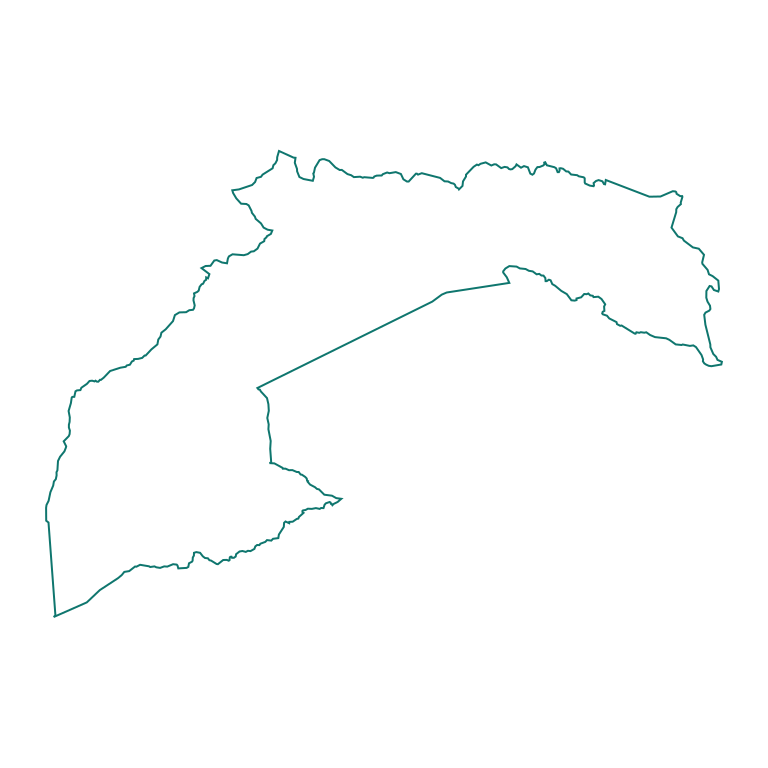 outline of Calcahualco, Veracruz, Mexico
{"feature_id": "50627088B11703653351845", "entity_name": "Calcahualco", "entity_type": "district", "adm_level": 2, "iso_a3": "MEX", "parent_name": "Mexico", "parent_adm1": "Veracruz", "projection": "orthographic", "projection_center": [-97.165, 19.101], "detail": "fine", "context": "isolated", "style": "outline", "palette": "teal", "viewbox_px": 768, "rotation_deg": 0, "n_neighbors": 0, "source": "geoboundaries", "source_scale": "gbopen_adm2", "svg_char_len": 6081}
<svg xmlns="http://www.w3.org/2000/svg" viewBox="0 0 768 768"><path d="M53.7,617.0L86.8,602.4L99.8,590.1L118.1,578.1L121.8,575.0L124.3,571.9L129.2,571.1L135.1,566.5L136.4,566.7L140.1,564.8L149.0,566.3L150.2,567.0L154.5,566.4L156.3,567.3L160.1,567.9L164.2,566.4L167.3,566.6L173.1,564.2L176.7,564.6L177.5,565.5L178.3,568.4L186.6,567.9L188.3,566.9L189.0,563.3L192.0,561.7L192.6,560.7L192.8,557.5L193.9,555.6L194.0,552.8L196.3,552.1L200.1,552.8L202.8,556.3L205.0,558.0L207.9,558.3L209.4,560.2L211.1,560.6L216.6,564.0L217.9,564.2L223.2,560.0L226.8,559.9L228.7,560.7L229.5,560.2L229.8,557.4L230.4,556.8L231.5,556.7L232.0,557.8L233.9,557.8L235.7,556.5L236.1,554.2L239.5,551.5L242.4,551.0L245.8,551.9L247.9,550.8L250.5,551.1L254.4,548.9L255.3,546.4L257.1,545.0L259.4,545.1L260.4,543.7L265.3,541.9L267.0,540.1L271.3,540.6L273.0,538.8L278.3,538.1L278.9,534.5L283.8,526.9L284.1,522.8L285.5,521.5L289.2,523.2L289.3,521.9L292.7,521.7L296.8,518.9L298.3,518.6L299.0,516.9L303.5,512.9L302.5,512.2L302.4,511.0L303.0,510.4L305.5,510.0L307.9,508.7L311.8,508.9L315.9,508.1L319.7,508.9L321.1,508.0L323.5,508.1L324.6,504.7L325.9,503.3L329.6,502.0L330.5,502.5L330.9,503.8L331.6,503.8L332.4,505.2L333.7,503.9L337.6,502.0L341.3,498.8L336.2,498.1L332.0,495.7L324.3,494.7L319.0,489.4L316.9,488.9L315.0,487.2L310.1,484.6L307.6,481.7L308.0,481.1L307.0,480.3L306.7,478.5L305.2,476.9L301.9,474.7L300.6,474.5L298.7,472.0L296.8,472.0L292.4,470.1L289.0,470.2L285.6,468.7L282.8,468.7L282.6,467.9L274.4,463.4L269.5,463.1L271.2,462.3L270.2,448.8L270.7,441.0L268.4,429.2L268.7,424.4L267.3,418.0L268.8,410.8L268.4,404.2L267.0,398.1L260.8,391.4L259.9,389.7L258.5,389.4L257.4,388.0L432.3,301.6L441.8,294.6L446.7,292.5L509.3,282.9L506.8,277.3L503.2,272.5L503.2,271.3L505.4,268.5L509.3,266.1L516.6,266.6L519.8,268.4L525.6,269.0L528.9,270.8L532.7,271.4L536.6,274.3L539.3,273.9L541.4,275.5L543.5,275.6L545.3,278.0L545.6,281.1L546.8,281.1L548.9,279.7L550.6,280.3L552.3,284.1L555.2,285.8L561.3,290.9L566.8,294.1L571.4,300.3L574.7,300.6L576.5,300.1L576.5,298.5L581.2,297.3L584.2,294.0L586.7,294.2L588.3,293.5L590.3,295.4L592.8,295.8L593.5,297.1L598.3,296.7L601.5,299.0L605.2,304.3L604.1,306.5L604.4,310.9L602.7,311.8L602.2,313.5L602.8,314.3L607.0,315.7L609.2,318.4L616.5,322.1L617.0,324.1L620.2,325.8L621.6,325.5L634.7,333.6L635.6,333.7L636.4,332.3L639.3,332.8L640.8,332.2L644.3,332.7L646.3,332.3L650.1,335.0L655.0,337.1L666.1,338.3L669.3,339.8L675.7,344.4L681.6,345.0L682.7,344.5L689.9,345.9L693.3,345.4L696.0,347.1L701.5,355.0L703.1,359.4L702.9,361.3L704.3,363.4L706.1,364.6L708.7,365.8L711.4,366.2L721.3,364.5L721.9,361.8L717.5,359.9L716.1,356.8L713.3,354.0L710.4,347.3L710.3,344.4L705.4,324.7L704.2,314.8L705.5,312.6L709.3,310.6L710.4,309.0L710.0,305.7L707.5,301.6L706.3,297.7L706.4,291.0L709.6,286.0L711.5,286.4L713.9,290.0L718.3,291.5L719.0,289.0L718.3,280.6L712.6,276.1L709.0,274.3L707.6,269.9L702.4,263.8L702.2,262.3L704.0,254.8L698.8,248.7L692.9,247.4L683.9,240.6L682.5,238.2L677.9,236.4L671.5,227.6L676.2,212.2L676.3,209.2L677.6,207.0L680.9,204.1L680.7,202.7L682.4,196.9L682.2,196.1L680.2,196.1L676.6,193.8L676.2,192.1L675.5,191.5L672.8,191.2L660.5,196.5L649.4,196.7L605.8,180.0L605.1,184.3L604.0,184.1L602.4,181.3L598.6,180.1L596.0,181.0L593.6,183.1L594.0,185.5L593.6,186.2L589.8,185.6L585.2,183.5L584.7,182.4L584.7,178.3L583.7,177.3L578.8,176.3L577.2,175.2L571.1,174.5L568.4,171.6L566.2,171.4L563.1,168.8L560.8,168.2L559.5,168.4L559.6,170.6L558.9,172.1L557.6,172.1L556.1,168.3L554.4,167.2L546.9,165.3L545.2,162.2L544.2,162.6L544.4,164.4L543.2,165.5L539.6,167.0L537.4,167.1L535.5,169.6L534.0,173.5L532.4,174.7L530.3,173.6L527.9,167.3L524.0,166.1L521.0,167.7L516.5,164.4L515.6,166.2L512.3,169.1L510.5,169.4L509.0,169.0L507.5,167.4L504.6,166.9L501.2,168.1L496.1,164.4L494.2,164.3L491.3,165.5L485.7,162.4L480.5,163.8L478.5,165.2L476.9,164.6L473.6,166.8L466.0,174.7L466.0,176.5L463.0,181.4L462.5,185.9L459.0,189.4L458.7,188.7L455.8,187.0L454.9,184.7L453.6,183.6L451.2,183.1L448.1,181.5L444.5,181.3L440.1,177.9L421.8,173.2L418.0,174.6L416.9,173.7L415.9,173.7L408.7,181.5L406.9,181.5L403.4,179.3L400.9,174.0L395.8,172.1L389.5,173.2L387.1,172.5L382.8,174.2L381.7,175.5L376.8,175.6L374.3,176.5L373.5,177.7L372.7,177.9L364.2,177.2L362.8,177.7L360.1,176.7L353.9,177.1L351.1,175.2L347.5,174.1L341.8,169.9L339.7,170.0L335.4,167.4L329.2,161.0L324.3,159.2L322.2,159.2L319.6,160.1L315.0,167.7L313.9,172.8L313.3,173.4L314.0,176.8L312.8,180.8L303.5,179.0L299.4,177.0L297.1,171.3L297.0,168.9L294.8,162.8L295.5,157.8L293.5,157.6L279.0,151.0L277.2,157.2L277.1,160.0L275.4,163.3L273.4,165.2L272.6,168.3L262.6,174.6L261.0,176.8L256.6,178.0L255.1,182.0L252.1,185.0L239.0,189.4L232.3,190.3L233.1,193.0L236.3,198.4L241.1,203.7L246.4,204.0L248.7,205.4L251.5,210.9L251.9,212.8L254.9,216.6L255.7,218.9L261.0,223.4L263.6,227.6L267.6,229.7L272.3,230.5L270.9,233.9L266.8,236.3L266.5,237.3L264.5,239.0L264.2,241.2L260.0,243.6L257.5,248.6L253.8,251.3L251.1,251.6L247.7,254.1L243.8,255.2L232.5,254.3L228.9,256.4L227.9,258.5L227.0,263.3L222.0,262.5L216.8,260.1L214.3,260.5L210.5,265.8L205.6,266.0L201.5,268.1L209.4,274.1L208.0,278.3L206.2,277.4L206.1,279.8L204.5,280.9L203.1,283.7L201.6,284.3L199.6,286.9L198.7,290.6L197.3,291.9L194.0,293.4L194.5,296.1L193.6,298.1L193.5,300.4L194.7,305.4L194.0,308.4L193.0,309.8L189.3,310.2L186.1,312.2L179.4,312.4L174.9,315.1L173.0,321.1L165.7,329.3L161.4,332.7L160.5,336.6L158.3,339.5L157.4,344.4L151.4,349.4L145.7,355.5L144.6,355.5L142.2,357.9L138.1,358.9L134.1,359.1L133.7,360.6L131.9,361.5L129.9,364.7L126.7,365.5L125.7,366.8L120.4,367.7L110.1,371.0L103.7,377.7L100.9,379.9L100.0,379.8L98.3,381.7L97.0,381.7L95.5,380.7L94.6,381.4L92.1,380.7L89.5,381.0L87.0,383.8L81.4,387.7L80.4,390.1L77.0,390.4L75.5,391.3L74.3,396.8L72.3,396.9L71.7,397.7L70.9,403.1L68.6,411.0L69.8,417.4L69.6,421.9L68.9,424.7L68.9,427.6L69.9,430.6L69.6,434.1L68.8,436.1L63.7,441.3L66.2,446.3L65.9,447.6L64.4,451.4L60.1,456.7L58.0,461.0L57.4,470.4L56.5,472.2L56.6,475.4L55.8,479.2L53.9,481.5L53.2,485.6L50.4,492.2L48.6,500.8L46.5,505.0L46.1,507.8L46.2,520.7L48.5,522.5L55.4,615.3L53.7,617.0Z" fill="none" stroke="#0f766e" stroke-width="2"/></svg>